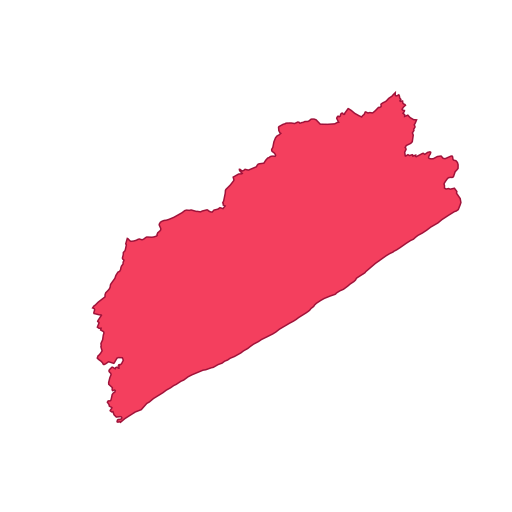 outline of Farafangana, Atsimo-Atsinanana, Madagascar, rotated 49°
{"feature_id": "10022922B75046296685916", "entity_name": "Farafangana", "entity_type": "district", "adm_level": 2, "iso_a3": "MDG", "parent_name": "Madagascar", "parent_adm1": "Atsimo-Atsinanana", "projection": "equal_earth", "projection_center": [47.638, -22.832], "detail": "fine", "context": "isolated", "style": "filled", "palette": "rose", "viewbox_px": 512, "rotation_deg": 49, "n_neighbors": 0, "source": "geoboundaries", "source_scale": "gbopen_adm2", "svg_char_len": 6018}
<svg xmlns="http://www.w3.org/2000/svg" viewBox="0 0 512 512"><g transform="rotate(49 256 256)"><path d="M224.1,43.7L224.3,46.8L224.6,48.3L224.1,52.4L224.5,56.0L224.2,57.8L223.7,59.5L223.4,61.6L223.5,62.2L224.9,63.1L225.3,63.6L225.0,65.2L224.2,66.1L224.6,70.5L224.6,73.5L224.4,74.3L222.4,76.0L221.5,77.7L219.2,78.7L219.0,79.1L220.1,81.5L220.0,83.5L220.4,85.0L218.1,86.1L213.1,87.9L208.6,88.6L205.4,89.6L205.2,89.8L206.5,95.4L207.1,96.1L206.9,96.7L206.1,97.1L205.1,96.9L204.7,97.2L204.4,97.9L204.5,98.9L205.7,100.7L205.4,102.0L204.3,102.3L204.3,103.1L204.6,104.1L205.1,104.8L209.3,105.9L208.6,106.9L207.9,109.9L203.5,115.7L198.7,121.0L192.6,121.3L190.7,122.4L189.9,123.3L188.9,124.6L188.8,127.5L188.6,128.4L186.5,131.0L186.1,132.8L185.4,133.7L184.9,135.2L184.6,135.8L183.3,135.8L182.3,136.6L181.4,139.9L178.7,142.2L175.8,145.7L175.3,146.6L175.3,147.3L174.4,149.1L173.4,153.7L173.6,154.5L176.3,156.5L178.7,157.1L179.7,156.8L179.8,158.8L179.2,161.5L179.6,163.7L181.6,167.6L185.1,172.1L185.8,174.2L186.6,174.9L187.5,175.2L190.5,174.6L192.4,174.9L193.0,175.3L193.3,176.2L191.7,177.7L190.6,179.3L190.3,180.4L190.3,181.8L189.8,182.6L189.8,183.4L190.1,185.8L191.1,189.2L188.5,193.1L188.1,194.2L188.3,195.6L188.9,197.2L186.2,205.4L183.4,207.4L183.4,209.0L182.8,210.7L179.9,211.3L179.7,211.7L180.9,212.4L184.7,212.2L184.6,212.8L182.7,215.4L181.5,221.5L184.0,222.7L184.5,223.3L185.6,228.8L186.0,234.9L186.4,236.0L188.5,238.1L193.2,244.2L194.1,246.3L194.9,246.2L196.0,247.3L198.0,246.5L198.6,249.8L195.9,251.5L195.6,254.1L193.8,257.6L194.1,260.3L192.6,261.6L191.8,261.7L191.1,262.2L189.5,262.3L188.9,262.9L186.8,267.0L186.3,268.9L183.7,271.1L183.2,271.8L178.9,274.6L178.3,275.4L177.9,276.3L175.8,278.3L175.0,280.0L174.8,283.5L172.9,292.7L171.2,297.8L170.1,300.3L168.9,302.0L168.4,303.3L168.0,304.6L167.8,306.1L168.5,308.1L169.1,308.7L172.7,309.8L173.7,310.7L174.0,311.5L174.0,314.9L175.0,316.8L175.6,317.0L175.7,317.9L174.7,320.4L173.6,322.2L170.0,326.0L169.7,327.2L169.6,329.5L169.3,330.8L168.7,331.6L166.6,332.9L166.0,334.2L165.6,336.0L164.4,338.6L162.8,340.9L161.7,341.2L159.0,341.3L158.3,341.6L161.4,346.4L162.3,346.4L162.7,346.7L165.6,350.6L166.1,351.6L166.3,353.8L168.0,355.4L169.9,358.2L171.0,358.6L172.0,358.3L172.8,358.7L173.5,360.4L174.1,360.8L174.9,361.8L175.3,364.0L176.1,365.5L177.5,367.2L178.1,369.0L177.6,370.8L178.7,374.4L180.3,377.2L181.9,383.9L182.3,384.8L183.9,386.6L184.6,388.3L184.9,390.1L185.2,393.6L186.2,395.3L187.8,396.8L187.3,405.3L187.6,409.4L187.4,411.2L188.0,413.4L189.5,412.6L190.7,413.0L192.4,415.6L193.1,416.0L197.8,412.7L198.7,411.6L199.3,411.5L201.1,417.8L201.6,418.5L203.0,418.1L203.5,418.4L205.6,422.4L207.6,421.9L208.9,420.3L209.9,421.8L213.0,420.7L213.8,420.9L214.7,421.7L215.4,423.0L218.6,426.7L220.3,430.4L222.4,431.9L222.7,432.6L226.6,434.4L227.4,437.0L227.8,439.3L227.7,440.6L228.9,442.8L230.7,442.7L233.7,442.0L235.9,441.9L237.5,442.3L238.2,442.0L238.7,440.3L239.1,436.6L243.7,433.8L243.7,433.3L241.9,428.0L242.3,426.6L245.1,423.6L247.6,424.5L249.0,427.9L249.1,428.8L249.0,429.7L248.5,430.1L248.1,430.9L248.3,431.4L248.8,431.0L249.7,432.2L250.8,433.1L250.3,433.6L249.2,433.2L248.3,434.5L248.2,435.1L248.8,436.2L248.7,436.3L245.8,437.2L245.4,437.7L245.6,440.8L245.8,441.7L246.3,442.4L247.1,442.7L249.2,442.6L250.4,443.1L252.0,446.2L254.8,450.2L256.2,451.3L261.1,450.8L262.3,452.1L263.3,452.6L263.7,452.5L264.1,451.0L264.6,450.6L265.3,450.5L266.1,451.9L265.8,453.5L266.2,455.4L268.9,459.0L269.7,460.3L269.7,460.8L269.2,461.7L268.4,462.6L268.8,464.1L271.7,464.4L273.1,465.2L275.8,464.2L276.3,464.9L276.9,467.4L277.3,467.6L279.2,467.1L279.6,466.1L282.7,467.3L285.9,467.1L288.2,463.8L289.1,463.2L289.9,463.3L290.4,463.9L290.5,464.7L290.2,465.6L288.9,467.3L288.9,468.1L289.7,469.4L290.2,469.6L290.7,469.3L291.9,467.4L292.6,467.4L292.7,461.6L294.5,449.5L296.7,443.4L295.6,435.1L296.2,432.3L296.3,426.8L298.1,415.9L298.4,411.6L299.4,407.0L299.8,403.0L300.5,400.6L301.3,394.7L302.2,391.9L302.6,386.5L303.7,382.1L307.4,370.9L308.9,368.5L311.0,363.1L312.0,361.3L313.1,355.7L314.6,351.9L314.8,348.7L315.9,345.6L316.2,342.6L317.7,338.2L319.2,331.0L319.4,327.6L320.4,322.7L320.5,319.8L320.9,315.7L322.2,310.2L322.6,306.7L325.8,294.5L326.4,290.8L326.6,286.3L328.7,274.9L329.7,270.6L330.2,267.4L330.4,264.2L331.8,255.4L332.1,252.4L332.1,250.9L331.7,249.0L331.9,245.6L331.4,243.9L331.3,241.4L332.0,236.2L332.8,232.3L334.9,226.2L336.8,221.5L336.9,220.7L336.7,219.6L337.3,215.6L338.5,211.8L338.9,206.4L338.9,203.3L339.5,198.9L339.4,196.6L338.7,194.9L338.8,193.6L340.1,184.8L339.8,183.4L339.9,170.8L341.2,157.5L341.9,153.5L342.9,150.0L342.9,148.7L343.6,146.0L344.2,141.7L345.0,134.0L345.7,129.2L346.6,126.1L346.5,123.3L346.7,120.1L347.8,115.4L348.5,110.2L348.8,105.2L350.4,96.9L350.5,91.8L351.6,83.8L352.7,77.0L353.4,75.5L353.7,72.9L351.4,68.5L350.1,66.3L346.6,64.2L340.2,63.5L339.1,62.1L335.0,61.8L333.0,65.6L331.4,66.4L330.2,68.6L328.4,69.2L326.6,67.6L325.1,66.9L324.6,66.2L323.8,63.5L323.2,60.8L323.2,59.3L324.4,57.4L325.2,56.7L325.7,55.8L325.6,54.8L323.1,50.5L322.7,47.2L322.4,46.0L319.7,43.6L317.5,42.6L315.2,42.6L313.4,43.9L312.4,44.0L310.0,42.5L309.3,42.4L308.6,43.1L306.7,49.2L306.0,50.0L305.0,50.7L302.1,50.7L301.5,51.4L299.9,53.9L298.9,58.3L297.6,60.1L296.1,61.2L295.2,61.3L294.6,60.9L293.8,59.3L293.4,57.7L292.6,56.3L292.2,56.1L291.5,56.4L290.4,58.5L290.1,61.5L289.8,62.1L288.6,62.2L288.1,62.5L287.8,63.3L286.2,69.9L285.6,70.2L284.6,69.3L283.6,72.1L283.1,71.9L282.8,71.5L282.1,71.6L280.9,74.3L279.2,74.9L278.8,77.4L278.4,77.7L275.2,75.7L274.0,72.8L272.8,72.2L272.0,72.3L271.2,70.1L272.5,65.3L272.3,63.1L267.9,58.0L265.7,57.2L264.9,54.5L263.7,53.8L263.1,51.6L262.6,51.1L260.8,50.5L260.1,48.5L258.6,45.5L256.5,47.6L252.6,48.9L249.3,49.0L248.2,52.3L246.9,51.1L244.7,51.4L244.2,49.2L243.6,48.5L242.1,49.6L241.2,49.6L240.8,48.8L240.3,46.4L240.3,44.3L239.4,44.2L237.9,44.9L237.0,44.9L235.2,43.7L234.7,44.2L234.4,45.2L233.9,45.7L233.2,45.5L232.8,43.9L231.1,43.9L229.3,42.8L228.0,42.5L227.6,44.4L227.1,45.2L226.4,45.5L225.6,45.1L224.1,43.7Z" fill="#f43f5e" stroke="#9f1239" stroke-width="1.5"/></g></svg>